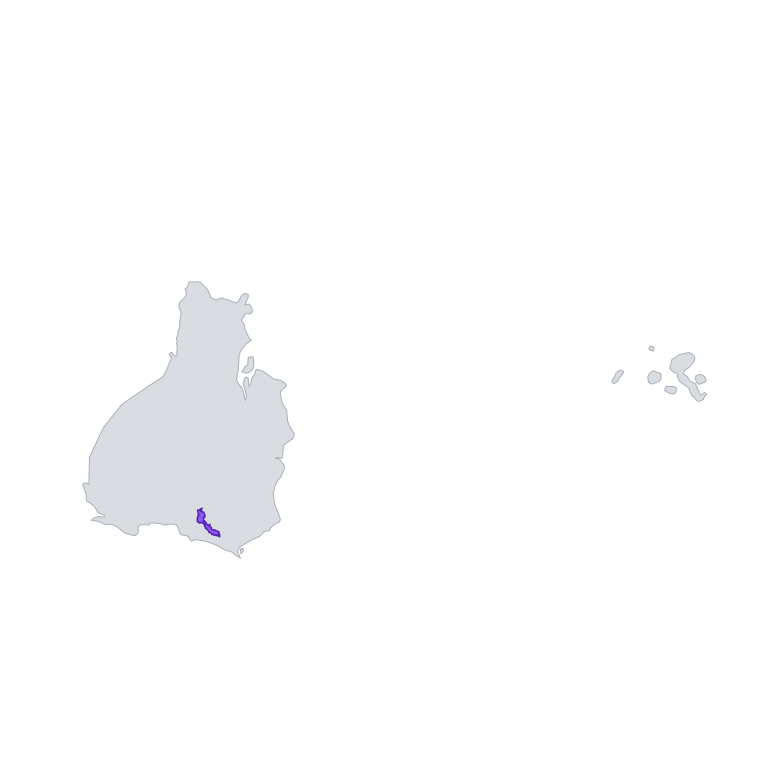 Ibarra, Carchi, Ecuador (highlighted), rotated 168°
{"feature_id": "8360857B37631210722611", "entity_name": "Ibarra", "entity_type": "district", "adm_level": 2, "iso_a3": "ECU", "parent_name": "Ecuador", "parent_adm1": "Carchi", "projection": "robinson", "projection_center": [-78.188, 0.517], "detail": "fine", "context": "in_parent", "style": "filled", "palette": "violet", "viewbox_px": 768, "rotation_deg": 168, "n_neighbors": 0, "source": "geoboundaries", "source_scale": "gbopen_adm2", "svg_char_len": 8179}
<svg xmlns="http://www.w3.org/2000/svg" viewBox="0 0 768 768"><g transform="rotate(168 384 384)"><path d="M698.3,311.6L696.2,313.2L690.9,313.8L686.8,312.3L685.2,312.3L684.9,313.9L690.4,317.8L692.9,324.8L696.7,329.1L699.1,331.2L699.3,332.7L698.5,335.5L698.3,337.8L699.6,348.5L698.7,349.1L695.8,349.1L693.5,347.3L687.3,373.7L667.3,399.9L644.6,418.6L618.4,429.4L599.2,436.9L596.2,439.7L586.8,452.9L586.3,454.3L587.6,456.5L587.7,458.0L586.3,458.9L585.1,459.0L584.6,458.3L584.2,456.7L582.9,455.1L581.4,454.6L580.5,455.0L580.4,456.5L578.5,463.6L578.4,467.1L577.6,468.4L577.7,471.5L575.7,474.4L574.2,479.2L572.6,480.7L570.6,488.1L567.7,495.5L567.5,498.0L568.4,499.8L568.7,501.2L567.4,505.8L560.7,510.2L558.9,512.4L558.2,514.8L558.7,516.9L558.5,518.7L556.3,519.3L554.1,523.5L552.4,524.4L548.2,523.0L545.1,523.0L542.6,521.7L537.8,514.6L536.1,510.5L535.5,504.7L530.8,501.1L524.7,502.0L522.9,500.7L518.3,498.3L514.5,495.5L511.6,494.2L509.3,494.8L505.6,499.4L502.2,501.5L500.6,501.4L498.5,500.0L498.1,498.4L503.4,490.3L499.5,490.2L498.1,488.5L497.9,486.4L497.3,484.3L498.1,481.7L500.1,480.3L503.2,481.4L505.3,481.5L506.7,479.0L509.4,477.2L510.0,475.9L508.5,472.0L508.1,469.9L508.6,468.7L508.4,464.4L507.5,462.8L507.5,460.4L506.7,459.1L506.4,456.2L504.4,454.6L510.8,451.8L513.0,449.6L515.9,447.6L518.3,444.6L519.9,441.6L523.7,428.0L527.3,419.4L526.7,415.2L523.7,409.7L523.0,401.4L523.3,398.9L522.9,397.1L521.0,400.5L521.5,412.6L519.7,418.0L517.3,419.3L515.7,418.4L516.6,409.5L514.8,411.1L512.0,417.1L507.3,421.6L507.1,423.1L505.9,424.9L502.3,423.2L499.6,421.4L490.5,411.4L484.6,409.3L481.0,405.8L480.3,404.4L479.8,402.4L483.5,400.3L487.2,397.5L487.6,391.3L487.5,386.4L484.7,378.1L486.0,367.3L485.3,363.0L482.1,354.0L484.5,349.5L492.9,346.1L495.5,343.9L497.4,336.8L499.3,332.5L503.1,334.2L506.0,334.0L502.0,332.4L498.8,326.0L498.3,323.0L504.5,314.2L507.7,311.9L511.7,307.3L515.1,300.2L515.9,289.1L514.5,281.2L513.5,272.8L515.5,270.6L520.6,269.5L524.7,266.8L526.8,264.3L531.7,264.7L537.4,260.8L546.5,258.9L559.2,254.4L562.0,250.5L560.7,243.6L565.4,247.8L567.6,251.1L574.1,254.8L581.8,261.4L586.9,264.8L592.4,267.8L600.4,271.0L605.2,270.5L607.3,275.5L609.1,277.0L613.8,278.6L614.3,279.3L616.0,288.5L617.0,289.8L621.0,291.3L625.9,291.8L627.9,291.5L632.2,294.1L638.9,296.2L641.2,296.5L642.3,296.1L642.7,295.1L644.7,295.3L647.6,296.5L651.7,296.7L654.3,295.6L654.9,290.5L655.8,289.3L658.8,287.5L660.4,287.8L668.2,291.9L669.8,293.4L671.7,296.2L675.4,300.4L679.4,303.1L685.5,304.3L691.4,308.7L698.3,311.6ZM83.0,305.9L85.4,308.7L86.8,316.7L94.5,325.2L95.5,329.9L94.8,332.1L95.2,332.9L98.9,336.3L101.3,339.8L97.3,348.0L88.6,351.4L79.4,351.3L77.5,350.4L75.0,347.3L74.6,344.5L76.0,341.8L80.7,337.8L88.0,334.1L88.9,331.3L86.0,328.6L84.0,323.3L79.3,319.5L77.0,308.0L75.5,307.4L72.3,309.0L70.8,307.6L70.5,306.9L73.9,304.3L74.6,302.4L79.6,301.5L81.8,303.0L83.0,305.9ZM119.2,340.6L117.2,340.7L111.2,336.5L111.6,332.3L114.0,329.5L121.7,328.1L124.9,330.7L124.7,335.7L122.0,339.3L120.0,340.0L119.2,340.6ZM511.8,436.5L511.1,438.2L507.4,438.1L506.4,437.5L507.3,429.5L508.3,426.9L511.3,424.5L513.8,423.3L517.0,423.5L520.4,425.7L516.4,429.8L513.3,431.0L511.8,436.5ZM77.2,327.1L73.3,327.8L70.1,326.3L68.7,324.0L68.4,320.5L68.7,319.4L75.8,318.1L78.2,321.0L78.2,325.3L77.2,327.1ZM154.5,346.7L149.9,348.5L147.4,346.8L147.2,345.7L149.7,343.0L152.1,341.6L154.3,338.5L158.3,336.6L159.5,337.0L160.3,337.7L160.6,338.7L159.2,341.2L156.8,343.0L154.5,346.7ZM109.9,321.5L108.2,322.9L100.9,321.3L98.6,318.8L100.4,315.4L102.0,314.0L106.3,315.3L110.7,319.1L109.9,321.5ZM115.9,365.4L114.3,365.5L112.2,363.6L113.8,360.2L116.8,362.0L117.6,363.3L115.9,365.4ZM558.8,252.4L556.7,252.7L555.7,250.7L558.3,248.2L559.2,247.8L558.8,252.4Z" fill="#d9dde1" stroke="#a8b0b8" stroke-width="1"/><path d="M586.9,295.9L587.0,295.9L587.2,296.0L587.3,296.0L587.5,296.2L587.7,296.4L588.0,296.6L588.3,296.9L588.7,297.0L589.0,296.9L589.1,297.0L589.1,297.4L588.9,297.4L588.9,297.7L588.7,298.4L588.7,298.6L588.6,298.8L588.5,299.0L588.5,299.3L588.3,299.9L588.1,300.1L588.5,300.1L589.0,300.1L589.4,300.0L589.7,299.9L589.8,299.7L590.0,299.6L590.1,299.4L590.1,299.2L590.2,298.8L590.3,299.0L590.5,299.1L590.8,299.1L591.1,299.3L591.2,299.2L591.4,299.1L591.6,299.0L591.9,299.1L592.5,299.3L592.6,299.0L592.6,298.7L592.5,298.4L592.7,298.2L592.6,297.9L592.5,296.9L592.5,296.6L592.7,296.4L592.6,296.0L592.7,295.6L592.7,295.3L592.7,295.2L592.2,294.9L592.5,294.8L592.7,294.3L592.8,294.2L593.0,294.2L593.0,294.3L593.3,294.0L593.4,293.7L593.3,293.4L593.3,293.1L593.3,292.9L593.4,292.7L593.6,292.6L593.8,292.6L594.2,292.2L594.4,291.7L594.5,291.3L594.6,291.0L594.6,290.8L594.7,290.7L594.7,290.2L594.9,289.6L595.0,289.6L595.0,289.1L595.1,288.8L595.1,288.6L595.2,288.1L594.8,287.8L594.2,287.6L594.0,287.4L593.9,287.0L593.9,286.9L593.7,286.7L593.3,286.4L593.2,286.4L593.2,286.5L593.1,286.4L593.0,286.5L592.6,286.4L592.0,286.5L591.7,286.3L591.4,286.3L591.2,286.4L590.9,286.3L590.8,286.2L590.5,286.1L590.4,286.1L590.1,285.9L590.1,285.6L589.9,285.5L589.8,285.4L589.7,285.2L589.8,285.1L589.5,284.8L589.5,284.6L589.5,284.3L589.3,284.2L589.2,284.3L589.1,284.2L588.9,284.0L588.9,283.9L588.9,283.7L588.9,283.4L588.8,283.2L588.9,282.8L589.0,282.6L589.0,282.1L588.8,281.8L588.5,281.7L588.3,281.3L588.5,281.1L588.5,280.7L588.7,280.4L588.7,280.2L588.5,279.8L588.3,279.7L588.0,279.7L587.8,279.4L587.7,279.1L587.6,278.8L587.5,278.7L587.4,278.5L587.4,278.3L587.2,278.2L586.8,278.0L586.7,277.9L586.5,277.3L586.4,277.2L586.2,277.1L586.2,276.9L586.1,276.7L586.1,276.4L585.9,276.3L585.9,275.9L586.0,275.8L585.9,275.7L585.7,275.7L585.7,275.4L585.6,275.5L585.5,275.3L585.4,275.3L585.4,275.1L585.1,275.0L585.1,274.9L584.9,274.8L584.9,274.7L584.7,274.5L584.3,274.4L584.2,274.3L584.1,274.2L583.9,273.8L583.6,273.6L583.5,273.4L583.6,273.1L583.4,272.9L583.2,272.9L582.9,272.7L583.0,272.6L582.9,272.6L582.7,272.4L582.7,272.5L582.5,272.4L582.4,272.4L582.2,272.5L582.1,272.3L581.9,272.2L581.8,271.9L581.7,271.9L581.6,271.7L581.3,271.4L581.1,271.2L580.9,271.2L580.7,271.1L580.5,271.4L580.4,271.3L580.2,271.5L580.1,271.3L579.9,271.3L579.9,271.1L579.7,271.0L579.5,270.9L579.4,271.0L579.1,270.9L578.9,271.0L578.9,270.9L578.7,270.9L578.7,270.7L578.4,270.5L578.2,270.5L578.3,270.4L578.1,270.4L578.1,270.2L577.8,270.0L577.7,270.1L577.7,269.9L577.6,269.7L577.3,269.5L577.3,269.4L577.2,269.3L577.2,269.2L577.0,268.9L576.8,269.0L576.8,268.9L576.5,268.9L576.4,268.9L576.4,269.0L576.5,269.4L576.4,269.6L576.4,269.9L576.3,270.2L576.3,270.3L576.4,270.5L576.6,270.5L576.6,271.0L576.4,271.1L576.8,271.3L576.8,271.5L576.7,271.6L576.8,271.9L576.7,272.1L576.4,272.3L576.5,272.5L576.4,272.6L576.2,272.8L576.2,273.0L576.3,273.0L576.5,273.1L576.4,273.2L576.5,273.3L576.3,273.4L576.3,273.5L576.5,273.5L576.8,273.7L576.8,273.8L576.9,274.3L578.4,275.2L579.2,276.0L579.5,275.9L579.9,276.3L580.0,276.4L580.2,276.5L580.3,276.7L580.6,276.8L580.9,276.6L581.2,276.6L581.4,276.7L581.7,276.7L582.0,276.9L582.5,277.0L582.7,277.4L582.7,277.5L582.8,278.0L582.8,278.3L582.7,278.5L582.8,278.7L582.8,278.9L582.8,279.2L583.0,279.4L582.9,279.7L583.1,280.0L583.3,280.3L583.7,280.5L584.0,280.6L584.4,280.8L584.4,281.0L584.1,281.5L583.8,281.6L583.7,281.8L583.6,282.0L583.5,282.4L583.5,282.8L583.9,282.6L584.0,282.6L584.5,282.7L584.9,282.4L585.1,282.3L585.2,282.5L585.6,282.7L585.8,283.1L586.0,283.3L586.0,283.5L586.3,283.7L586.6,283.6L586.8,283.7L586.9,283.8L587.0,283.7L587.3,283.9L587.3,284.0L587.3,283.9L587.2,283.9L587.2,284.1L587.3,284.1L587.6,284.2L587.9,284.3L588.0,284.6L587.8,284.7L587.5,285.2L587.6,285.6L587.4,285.5L587.3,285.8L587.2,285.8L587.3,285.9L587.4,286.1L587.5,286.2L587.6,286.3L587.6,286.5L587.8,286.6L587.7,286.7L587.8,286.8L587.9,287.0L587.9,287.3L588.0,287.5L588.3,287.4L588.4,287.2L588.6,287.0L588.7,286.9L588.8,286.8L589.1,286.9L589.3,286.8L589.1,286.9L589.1,287.0L589.1,287.8L588.9,287.9L589.1,288.0L589.0,288.3L588.9,288.4L588.8,288.8L588.7,289.2L588.7,289.4L588.6,289.5L588.5,289.9L588.5,290.0L588.4,290.1L588.1,290.5L588.1,291.3L587.3,291.4L587.4,291.1L587.0,291.4L586.9,291.3L586.6,291.9L586.8,292.1L586.8,292.5L586.7,292.7L586.5,292.9L586.5,293.2L586.5,293.5L586.6,293.8L586.7,294.2L586.8,294.4L586.9,294.5L587.0,295.0L587.0,295.5L586.9,295.7L586.9,295.9Z" fill="#8b5cf6" stroke="#5b21b6" stroke-width="1.5"/></g></svg>